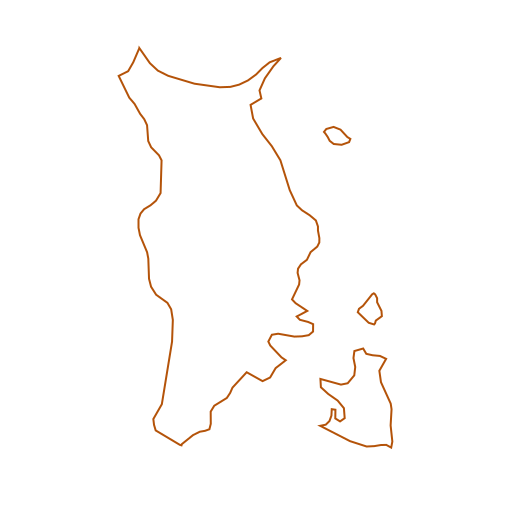 the Prefecture of Kagawa, rotated 100°
{"feature_id": "JPN-1833", "entity_name": "Kagawa", "entity_type": "Prefecture", "adm_level": 1, "iso_a3": "JPN", "parent_name": "Japan", "parent_adm1": "", "projection": "equal_earth", "projection_center": [134.035, 34.276], "detail": "fine", "context": "isolated", "style": "outline", "palette": "amber", "viewbox_px": 512, "rotation_deg": 100, "n_neighbors": 0, "source": "natural_earth", "source_scale": "10m", "svg_char_len": 2265}
<svg xmlns="http://www.w3.org/2000/svg" viewBox="0 0 512 512"><g transform="rotate(100 256 256)"><path d="M71.5,407.0L84.6,393.9L90.5,384.8L93.8,373.8L97.0,346.5L96.1,320.9L93.9,310.6L90.2,302.4L84.5,294.4L77.2,287.4L69.8,282.3L62.9,276.2L56.6,265.8L66.1,271.8L79.5,278.1L92.3,281.3L99.9,278.1L108.1,287.6L121.1,282.7L134.9,270.9L145.1,259.5L157.5,248.6L185.3,234.2L199.1,224.6L203.0,218.6L206.5,210.3L210.6,203.2L216.2,200.1L220.2,199.4L227.4,196.7L231.7,196.0L236.1,197.3L242.7,202.9L250.9,205.2L256.4,210.3L261.2,212.4L265.4,212.1L272.4,208.9L276.6,208.6L292.5,213.0L295.6,208.8L301.2,196.0L308.5,205.4L311.2,201.7L311.9,193.2L313.2,187.9L320.5,186.7L324.8,190.3L327.1,196.7L328.7,204.2L328.7,220.7L330.8,226.7L338.1,229.0L341.7,226.4L351.4,213.3L353.5,208.6L363.0,217.2L373.2,221.0L378.1,227.8L372.1,245.0L389.7,256.3L395.4,257.7L400.9,260.1L410.7,271.1L417.1,273.6L429.1,271.4L434.7,271.8L437.0,275.8L438.8,280.8L443.3,286.9L454.2,296.4L455.4,296.5L455.2,298.2L445.2,324.5L440.0,327.1L434.4,328.8L418.3,323.0L354.9,323.8L333.4,326.8L323.2,330.3L317.5,335.1L311.5,347.6L304.5,354.0L297.0,357.4L277.3,361.6L271.2,363.9L255.6,373.9L248.6,376.6L240.2,378.1L234.2,377.1L229.3,374.3L224.4,368.7L218.9,364.1L210.6,360.9L178.2,365.6L173.7,369.0L167.2,378.1L161.5,382.1L146.1,386.0L140.7,389.8L136.1,394.8L127.3,402.0L122.1,408.3L102.5,422.5L96.2,414.0L86.5,410.5L71.6,407.0L71.5,407.0ZM421.2,89.6L419.4,94.9L420.5,100.3L422.7,106.5L424.4,114.0L422.0,131.3L412.1,163.3L410.0,158.0L405.8,155.0L400.1,154.0L393.7,154.8L393.6,151.1L402.2,149.7L404.3,144.5L400.3,140.5L390.6,143.0L384.2,150.5L379.4,160.8L374.0,169.3L365.9,171.2L367.9,150.0L365.4,143.6L356.5,138.5L348.1,139.0L339.6,142.3L332.5,142.6L328.5,134.4L333.2,130.4L333.5,124.0L332.9,116.6L334.7,110.0L347.6,114.6L358.6,111.0L378.0,97.7L383.4,95.9L399.5,94.0L415.1,89.5L421.2,89.6ZM277.9,137.3L273.6,135.0L272.3,133.5L273.1,132.0L276.5,129.4L280.5,128.7L288.3,122.9L293.4,121.6L295.2,123.3L298.8,126.8L301.7,127.1L302.9,127.8L302.2,133.4L293.7,146.0L290.1,145.4L286.4,141.9L286.0,141.7L277.9,137.3ZM127.7,184.1L131.6,191.0L132.2,198.9L129.8,203.4L126.4,206.0L123.4,208.9L122.0,210.6L118.7,208.8L115.4,202.0L116.9,194.7L123.0,186.7L124.3,183.4L127.7,184.1Z" fill="none" stroke="#b45309" stroke-width="2"/></g></svg>